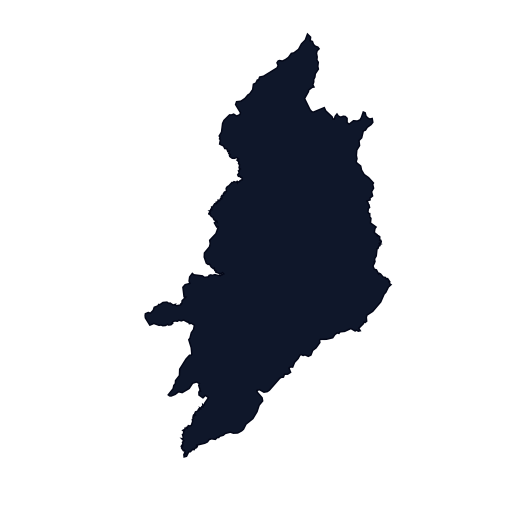 the district of Ban Dan Lan Hoi, Sukhothai, Thailand, rotated 46°
{"feature_id": "78962969B72722062907305", "entity_name": "Ban Dan Lan Hoi", "entity_type": "district", "adm_level": 2, "iso_a3": "THA", "parent_name": "Thailand", "parent_adm1": "Sukhothai", "projection": "mercator", "projection_center": [99.505, 17.028], "detail": "fine", "context": "isolated", "style": "filled", "palette": "ink", "viewbox_px": 512, "rotation_deg": 46, "n_neighbors": 0, "source": "geoboundaries", "source_scale": "gbopen_adm2", "svg_char_len": 6116}
<svg xmlns="http://www.w3.org/2000/svg" viewBox="0 0 512 512"><g transform="rotate(46 256 256)"><path d="M237.8,76.9L236.5,79.0L234.2,79.7L231.8,79.7L228.8,78.0L226.9,78.8L229.7,84.2L230.3,86.6L229.3,89.4L226.4,91.9L225.9,97.4L223.3,97.8L220.2,94.8L217.6,94.9L216.1,96.1L215.0,98.6L212.5,99.6L210.1,99.1L210.5,102.0L211.9,104.3L211.1,105.5L208.7,104.6L200.0,105.0L196.7,103.8L192.3,114.9L190.9,115.6L188.3,115.5L176.5,111.7L174.2,104.1L173.2,102.9L173.7,98.5L174.7,96.9L172.3,96.2L170.9,93.5L169.1,91.9L168.2,89.3L166.1,86.8L164.9,81.3L162.5,79.8L159.9,76.6L157.3,76.1L155.3,73.7L152.2,71.7L150.8,69.4L150.8,66.7L148.7,66.4L146.3,67.6L143.7,67.7L140.9,66.4L138.8,67.4L136.5,64.7L132.1,64.8L134.9,70.6L135.0,75.9L136.9,81.8L136.2,87.7L134.8,89.8L135.7,94.7L135.2,98.2L134.1,101.6L131.7,103.3L131.1,104.6L131.6,106.7L134.3,107.7L135.3,110.2L131.9,125.7L129.8,129.1L131.3,132.1L130.3,132.7L131.5,136.0L130.6,138.5L134.0,142.8L135.0,147.9L134.5,149.9L135.0,154.4L134.1,159.4L131.5,162.8L132.9,165.5L142.1,167.6L143.1,169.3L141.9,172.7L138.4,173.5L137.5,175.7L136.1,177.0L136.2,184.8L137.4,187.9L142.9,194.7L144.1,199.1L145.9,199.6L146.4,200.9L147.7,200.9L150.2,204.4L154.3,202.9L157.0,203.8L158.5,202.5L161.3,203.7L162.0,202.3L163.4,204.5L165.1,204.0L165.3,205.3L166.2,205.7L169.2,205.2L170.9,203.5L171.5,201.6L174.1,201.2L173.8,203.1L176.4,202.9L177.4,204.4L179.0,204.4L180.8,206.9L182.4,206.8L182.1,207.6L183.1,208.7L182.6,209.4L184.4,210.2L184.9,212.8L186.5,213.3L187.8,212.0L188.5,212.4L189.8,211.6L191.5,212.9L190.7,215.1L191.1,216.4L189.9,217.6L190.3,218.4L189.2,217.9L189.3,219.0L187.2,220.2L187.3,221.6L186.4,222.2L186.7,226.6L186.2,228.6L186.6,230.4L189.1,232.5L188.2,234.1L188.9,234.6L188.3,234.8L188.5,236.1L189.7,237.1L188.8,238.3L189.3,240.0L190.0,239.5L191.1,241.0L190.1,241.7L190.9,243.8L189.5,244.4L190.4,245.6L189.7,247.3L190.7,247.3L190.9,248.0L189.7,249.4L190.7,253.5L190.0,253.9L191.9,255.6L191.0,256.1L191.8,257.3L191.2,258.2L192.4,258.0L192.5,259.5L193.4,259.5L192.5,261.1L193.7,260.3L196.8,260.6L197.8,260.0L200.8,261.0L203.8,260.0L204.5,260.4L203.3,260.5L203.2,262.9L207.9,264.1L208.3,263.0L209.0,263.1L212.1,269.3L212.5,278.4L215.4,280.4L217.1,283.1L218.0,291.0L220.8,294.0L226.6,296.7L228.8,296.3L229.5,295.1L232.8,295.8L235.5,295.4L235.7,294.5L237.9,295.7L238.8,295.2L239.7,296.1L243.4,294.3L244.4,293.3L244.7,291.6L246.5,291.6L245.3,295.4L244.6,295.2L243.9,296.7L240.9,298.5L239.5,301.0L238.2,301.6L237.4,303.2L237.9,304.8L235.6,307.9L233.0,308.4L226.3,313.8L224.3,313.9L225.0,318.3L227.5,321.5L229.8,322.6L227.4,326.9L227.7,330.3L235.4,336.1L236.8,335.1L236.8,340.1L238.7,342.5L238.2,343.4L238.9,344.2L236.6,347.7L235.1,348.3L234.8,347.6L233.7,349.7L230.1,350.5L229.7,351.6L227.3,352.1L224.8,355.2L224.2,359.1L223.3,359.6L223.7,361.3L222.2,364.8L223.7,367.7L223.8,371.8L221.8,372.7L220.7,375.7L221.9,377.2L223.7,378.6L232.0,380.4L233.6,376.3L238.5,373.9L239.7,372.2L241.4,371.5L243.1,369.4L243.7,367.1L244.9,366.9L246.4,364.9L246.5,362.7L245.7,362.7L245.5,361.9L246.2,359.6L248.4,357.8L248.6,356.1L250.8,354.8L251.8,352.5L256.0,351.2L256.2,350.3L258.4,351.0L259.5,349.2L263.0,348.4L265.5,352.0L266.3,355.9L269.2,360.5L269.5,362.5L277.0,366.3L282.2,370.5L282.3,371.5L281.2,372.8L281.5,377.8L284.4,389.5L288.8,394.1L289.7,400.4L291.8,402.7L292.0,405.0L293.9,407.8L294.9,415.6L296.7,415.3L297.8,414.2L299.4,410.3L299.9,406.0L303.0,404.0L304.9,396.1L303.5,390.0L305.3,386.3L308.5,385.3L309.3,387.1L314.4,389.7L313.8,390.0L314.2,391.6L316.4,393.6L321.2,392.7L321.1,389.2L324.9,388.6L326.3,395.4L327.1,396.7L327.1,397.6L326.0,397.6L327.7,399.0L326.7,399.5L327.1,401.5L326.3,401.8L327.5,402.2L326.3,403.1L327.2,404.0L326.5,404.3L327.1,405.8L326.1,407.8L326.9,409.7L327.9,409.9L327.4,410.5L328.1,410.5L327.3,411.8L328.2,412.1L328.0,413.3L329.4,413.8L329.3,415.3L331.0,416.5L332.9,420.2L332.5,421.5L331.0,422.5L331.6,424.3L331.1,424.9L332.0,425.4L330.5,426.5L331.7,428.5L330.9,428.7L330.6,429.8L331.6,429.6L333.6,431.6L333.3,432.9L336.1,434.4L336.5,435.8L335.8,436.3L338.9,436.3L338.9,438.3L340.4,439.1L340.8,441.3L341.4,440.9L341.4,442.0L342.3,441.7L342.4,442.9L345.7,443.5L346.1,442.5L347.7,443.1L348.1,444.5L349.1,444.1L348.8,445.9L350.6,447.3L351.8,445.1L350.2,440.5L351.2,439.2L351.1,435.6L352.3,435.2L351.9,433.4L352.5,432.0L352.3,430.8L351.6,430.9L351.7,430.1L351.0,429.9L355.1,422.9L356.0,420.1L355.5,417.2L356.7,414.9L359.7,412.6L359.6,410.1L360.7,408.9L360.4,407.4L362.2,404.1L362.3,401.4L364.9,396.8L367.7,395.4L370.6,392.1L371.8,387.8L371.9,385.3L370.0,380.0L370.8,371.2L368.7,363.4L365.5,357.4L364.9,351.9L362.2,350.1L354.9,349.7L353.3,348.8L354.5,346.4L359.5,344.9L361.4,342.1L361.8,339.6L360.5,324.1L360.7,322.4L362.2,320.4L360.8,317.7L363.0,315.3L363.7,311.9L359.6,310.2L359.7,308.3L361.4,306.8L359.3,302.2L359.0,297.0L357.8,293.2L358.4,291.9L360.3,291.2L361.2,289.4L364.5,288.1L365.4,285.3L363.3,280.8L363.8,276.7L362.6,270.2L360.7,268.8L360.6,267.7L364.8,263.2L368.1,257.6L367.3,253.8L367.7,251.1L369.3,250.1L368.9,248.3L371.8,244.6L374.1,238.1L378.8,236.8L379.0,235.4L381.2,234.6L382.2,232.9L379.4,232.3L379.3,226.0L378.5,224.0L379.6,223.7L379.8,221.7L376.8,219.3L375.6,217.3L376.9,210.5L375.7,198.2L372.4,190.3L372.3,187.9L370.3,182.3L370.4,178.8L369.4,179.1L367.3,178.4L367.5,177.7L363.7,177.0L362.9,178.2L361.4,177.8L359.5,179.2L355.4,178.9L354.0,179.4L354.1,180.3L349.6,179.0L347.7,180.1L344.4,178.8L343.4,175.8L342.3,175.1L342.8,174.4L340.4,172.7L339.5,169.5L334.9,164.0L335.3,163.0L334.1,160.9L334.6,159.6L333.6,159.0L334.1,157.8L332.6,158.3L333.1,156.6L332.6,155.8L331.2,155.3L330.6,156.1L328.1,153.6L326.4,153.9L325.8,154.8L325.1,154.1L321.3,154.6L318.9,151.4L318.6,149.5L311.7,150.7L308.7,147.1L307.0,147.1L304.5,144.7L303.6,145.4L302.0,144.8L299.9,142.2L300.0,140.6L297.5,139.1L297.1,139.5L295.7,138.5L293.5,138.1L294.9,134.9L293.5,134.0L293.8,130.4L290.0,128.2L288.9,124.3L285.5,122.3L285.1,120.8L277.8,120.6L272.5,121.6L267.5,120.4L264.0,118.2L259.0,118.8L257.6,118.3L256.2,115.8L253.4,114.0L249.8,109.9L248.5,104.8L244.5,101.7L244.4,97.9L240.6,92.0L241.5,89.8L240.7,86.6L241.4,81.9L241.0,79.1L237.8,76.9Z" fill="#0f172a" stroke="#020617" stroke-width="1.5"/></g></svg>